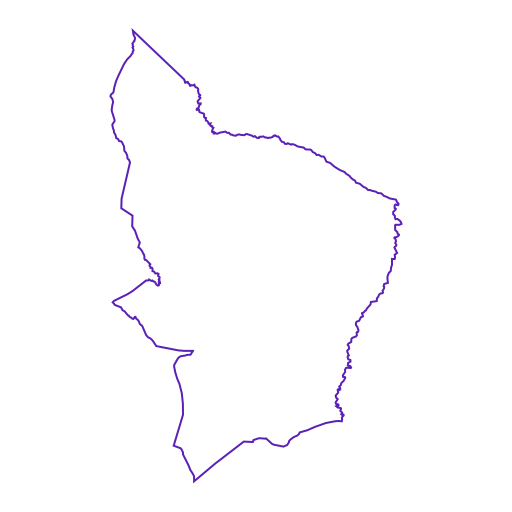 Sigor, Rift Valley, Kenya
{"feature_id": "3690345B8359999090101", "entity_name": "Sigor", "entity_type": "district", "adm_level": 2, "iso_a3": "KEN", "parent_name": "Kenya", "parent_adm1": "Rift Valley", "projection": "orthographic", "projection_center": [35.563, 1.576], "detail": "fine", "context": "isolated", "style": "outline", "palette": "violet", "viewbox_px": 512, "rotation_deg": 0, "n_neighbors": 0, "source": "geoboundaries", "source_scale": "gbopen_adm2", "svg_char_len": 6071}
<svg xmlns="http://www.w3.org/2000/svg" viewBox="0 0 512 512"><path d="M146.1,280.5L132.6,291.0L127.7,294.1L113.9,300.9L112.7,302.4L114.1,303.7L114.6,304.8L121.1,307.4L122.5,310.2L124.5,311.2L128.1,315.5L128.8,315.6L129.6,316.9L131.2,317.6L131.9,318.5L133.4,318.9L134.8,316.9L135.5,316.9L135.8,318.2L137.8,319.9L138.8,321.3L139.9,324.1L142.1,325.7L146.2,335.2L148.1,337.3L150.4,338.4L152.6,340.5L156.3,346.1L178.5,350.4L184.5,350.9L192.9,350.9L192.7,351.6L191.8,352.2L191.3,353.7L190.4,354.7L186.9,354.9L185.5,355.5L181.2,356.1L179.5,356.9L178.3,357.9L177.1,359.8L174.2,365.0L174.1,366.4L175.2,372.0L177.1,378.4L179.4,383.8L181.8,393.2L182.9,403.8L183.0,414.8L173.7,445.7L180.5,448.2L181.5,449.3L183.0,452.5L183.0,454.4L188.5,465.3L190.3,469.9L193.1,474.2L194.1,476.5L194.1,481.3L215.3,463.5L243.8,441.6L252.9,442.0L253.4,440.1L258.3,438.4L260.1,438.2L265.3,438.7L266.0,438.4L272.3,444.1L274.0,444.7L283.4,446.6L287.2,445.0L288.9,442.3L289.1,441.0L290.4,439.6L293.9,437.0L297.0,435.7L298.8,434.3L299.7,432.4L307.2,430.3L314.9,426.9L325.9,423.0L335.5,421.2L338.6,421.0L341.8,421.3L342.1,419.6L341.9,417.4L343.6,415.5L343.6,414.8L342.9,414.4L341.6,414.7L341.2,414.2L342.3,413.3L342.2,412.6L340.3,410.8L341.1,408.9L340.9,408.2L337.6,407.4L336.3,406.3L338.3,405.7L338.6,405.2L338.4,404.6L337.6,404.1L336.4,404.3L335.7,403.1L335.6,402.5L337.7,399.1L336.0,397.5L335.7,395.5L338.0,392.9L338.2,392.4L337.6,389.9L337.9,389.4L339.0,389.0L339.6,389.9L340.2,389.5L340.2,388.2L339.2,386.6L340.7,385.3L341.3,383.1L343.6,380.9L345.3,377.8L345.1,377.2L344.5,377.0L343.1,376.9L342.9,375.3L345.2,371.9L345.0,369.9L345.6,368.6L345.9,368.0L346.7,367.7L350.8,368.0L351.1,367.5L350.2,366.0L348.3,365.7L347.8,365.3L348.2,362.8L350.5,361.6L350.4,360.0L348.3,359.3L347.6,357.1L347.9,356.0L348.8,355.5L347.2,351.4L347.3,350.5L349.2,348.7L348.7,346.1L347.9,345.3L347.7,344.7L348.3,343.7L351.2,342.0L351.4,338.9L351.8,338.3L352.9,337.6L356.1,336.4L356.9,335.3L356.6,332.6L357.0,332.1L358.0,331.9L358.5,330.2L357.3,326.9L356.0,325.2L355.9,323.1L356.6,321.7L359.2,320.7L360.9,317.2L362.7,316.6L363.0,316.0L362.0,313.5L362.1,313.0L363.6,312.6L364.9,310.9L365.9,310.5L366.9,308.5L370.5,304.5L370.9,302.0L376.7,301.1L377.0,298.2L378.3,296.6L379.2,294.5L380.4,293.6L382.6,293.1L383.0,292.6L382.6,290.7L384.0,288.5L384.2,286.8L383.6,286.2L384.2,284.0L387.9,282.9L387.4,278.2L387.6,276.0L388.9,272.8L390.7,271.1L391.1,267.5L392.0,264.8L392.0,258.9L394.3,259.1L394.8,258.9L395.0,257.1L394.7,254.7L397.1,252.9L394.4,247.6L394.5,247.1L395.8,246.1L396.3,245.4L396.3,244.7L395.2,243.1L396.0,241.3L395.8,240.1L395.4,239.1L394.3,237.9L394.6,237.4L396.0,237.2L397.5,236.6L398.9,235.2L399.0,234.6L397.6,233.8L397.4,232.2L395.2,230.0L395.1,225.3L395.4,224.8L399.5,224.8L401.5,223.9L401.0,222.2L399.7,220.6L397.8,219.2L396.8,218.9L395.6,219.2L394.9,217.6L394.8,215.6L393.2,214.3L393.2,211.9L395.8,209.3L395.8,208.7L394.6,208.0L394.7,205.3L395.4,204.5L398.0,205.2L398.4,204.8L398.5,203.7L397.3,202.5L395.9,199.6L389.6,198.4L387.0,197.0L383.8,195.8L381.4,193.4L377.7,193.0L375.9,191.7L371.3,190.6L370.0,190.0L368.2,190.1L365.9,187.9L363.6,187.0L359.7,183.7L356.0,182.7L355.0,180.6L352.7,179.3L350.5,177.3L349.6,176.0L345.7,173.4L344.6,172.0L340.0,170.1L336.4,167.9L334.1,166.4L330.1,162.9L326.5,161.7L324.3,157.2L323.7,156.6L321.5,156.5L318.5,154.8L316.6,155.0L315.0,153.1L312.8,152.1L311.4,150.2L310.4,149.6L305.9,149.4L305.2,149.1L303.8,147.6L297.8,146.5L294.5,144.7L292.1,144.1L291.1,144.7L288.2,143.4L287.5,143.3L286.7,144.0L284.9,143.8L284.0,142.4L281.8,141.7L280.2,139.6L280.0,138.6L278.3,136.5L277.1,136.6L275.0,135.3L274.4,135.9L273.4,135.9L272.6,137.0L270.5,137.7L269.1,137.6L267.9,138.1L266.1,137.4L264.7,137.4L263.7,136.6L263.0,136.4L261.7,136.8L259.8,136.7L258.8,137.4L259.0,137.9L258.3,138.1L256.8,137.8L254.9,136.1L253.9,136.7L253.4,136.7L251.8,135.6L246.9,134.0L245.7,134.2L244.4,135.2L240.3,134.8L239.3,134.4L237.2,134.8L236.0,135.7L233.3,135.4L231.8,134.6L230.5,134.6L229.0,132.8L227.3,132.9L225.4,131.6L220.0,132.6L217.4,133.7L216.3,133.6L215.1,132.8L214.6,133.5L214.0,133.5L214.4,132.4L214.0,132.0L213.4,131.8L212.7,132.3L212.2,132.1L212.0,131.4L212.7,128.9L213.4,127.8L212.2,127.1L212.3,126.2L211.5,125.8L210.7,125.9L209.9,124.9L210.5,123.5L208.9,123.9L208.4,123.4L208.4,122.5L207.3,121.1L206.0,120.6L205.7,120.0L206.0,118.0L204.6,117.7L204.1,117.1L204.1,114.1L203.7,113.6L199.7,112.2L199.3,111.7L199.1,109.9L198.7,109.5L196.9,110.0L196.6,109.5L197.2,108.4L198.6,107.9L199.2,105.4L200.7,104.0L200.7,103.4L198.2,103.4L197.6,101.3L200.4,97.9L199.0,96.5L199.4,95.8L200.2,95.4L200.0,94.8L199.4,94.6L198.7,93.6L198.0,90.7L198.3,89.2L197.8,88.4L196.9,87.5L195.9,87.4L195.3,86.9L194.4,84.7L193.0,85.4L191.6,85.1L190.4,85.9L189.9,85.7L189.6,84.2L188.2,83.3L188.1,82.3L187.6,81.9L185.3,82.8L184.9,82.3L185.2,81.5L184.3,80.3L184.3,79.6L132.9,30.7L133.5,34.7L134.9,37.5L135.0,38.8L134.3,41.2L133.8,41.3L133.3,42.5L132.4,43.6L132.9,44.8L132.7,45.5L133.3,46.6L132.5,47.5L133.4,49.2L133.5,50.6L132.7,51.4L132.6,53.3L131.7,54.1L130.5,56.0L127.2,59.3L124.1,63.9L118.3,75.9L116.0,81.3L114.3,87.4L113.5,92.0L113.0,92.9L111.4,94.1L110.6,95.3L110.5,96.5L112.5,99.2L113.1,102.3L112.3,105.4L111.7,109.6L111.8,111.1L114.6,120.0L114.5,121.2L112.3,124.6L113.0,128.5L113.8,130.1L114.0,132.4L115.5,134.9L116.3,138.2L118.1,139.0L119.1,141.1L121.3,141.4L122.0,142.3L124.0,146.4L124.4,150.9L125.9,152.6L127.2,155.5L127.5,158.5L129.1,160.0L130.0,162.5L121.6,198.6L121.3,208.3L132.5,215.6L132.2,226.4L135.0,230.7L137.6,238.3L139.8,242.5L138.3,247.4L139.6,248.1L140.8,249.4L142.2,251.2L143.1,253.5L143.9,254.4L144.5,257.0L144.3,258.4L144.9,259.8L146.1,260.0L150.3,264.2L149.6,265.0L149.5,265.7L150.7,267.2L150.6,267.9L151.8,267.7L152.5,268.5L152.5,271.1L154.1,271.6L155.3,273.5L157.7,273.3L158.6,274.1L158.0,275.4L158.2,276.1L159.6,277.1L159.7,277.6L158.8,279.5L159.4,279.9L159.1,280.5L159.8,281.5L160.0,282.9L158.8,282.5L159.0,285.0L158.5,285.5L157.8,285.6L156.5,284.7L155.0,282.1L154.4,281.6L153.2,281.4L152.5,280.5L151.3,280.9L149.2,279.6L149.1,280.1L148.5,280.4L146.1,280.5Z" fill="none" stroke="#5b21b6" stroke-width="2"/></svg>